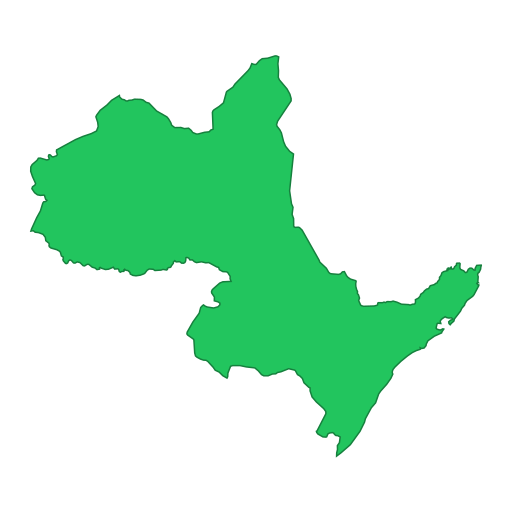 Mogincual, Nampula, Mozambique
{"feature_id": "85939544B68532442394498", "entity_name": "Mogincual", "entity_type": "district", "adm_level": 2, "iso_a3": "MOZ", "parent_name": "Mozambique", "parent_adm1": "Nampula", "projection": "mercator", "projection_center": [40.17, -15.431], "detail": "fine", "context": "isolated", "style": "filled", "palette": "green", "viewbox_px": 512, "rotation_deg": 0, "n_neighbors": 0, "source": "geoboundaries", "source_scale": "gbopen_adm2", "svg_char_len": 6019}
<svg xmlns="http://www.w3.org/2000/svg" viewBox="0 0 512 512"><path d="M336.6,456.1L340.9,452.9L350.3,444.7L360.0,431.3L364.5,422.2L365.4,418.7L371.3,407.8L375.6,402.8L378.7,393.9L380.8,390.9L386.7,384.3L390.9,378.3L392.8,374.1L392.2,372.4L392.4,371.2L393.0,369.5L394.8,367.2L400.9,361.3L407.5,355.9L412.4,352.5L416.3,350.6L420.2,349.3L420.6,348.8L420.3,347.9L421.6,348.5L424.1,348.0L426.0,345.7L426.3,344.0L427.9,340.8L434.3,336.2L441.6,332.9L442.0,331.7L443.8,329.1L442.9,328.8L440.2,330.1L437.0,329.2L436.1,328.1L437.0,323.9L437.8,323.2L440.8,323.5L440.2,321.2L440.4,320.6L442.2,318.7L445.2,316.7L446.3,317.5L448.5,318.0L451.5,317.9L452.8,319.0L452.2,319.7L450.6,320.1L448.7,321.8L449.0,323.6L450.2,324.8L450.5,324.6L450.8,323.8L453.8,321.2L454.5,318.9L460.5,311.1L461.8,308.3L464.5,305.2L465.0,303.5L467.0,300.5L472.7,296.3L474.0,294.7L478.8,285.6L478.8,284.9L477.9,284.8L476.8,283.4L477.4,282.8L478.4,282.7L477.8,281.9L478.2,276.7L477.6,274.9L477.9,273.3L479.1,272.3L480.6,269.2L480.9,266.4L481.3,265.8L481.2,265.1L476.7,265.4L475.1,268.4L475.2,270.0L474.8,270.2L473.9,270.0L471.8,268.2L470.0,268.1L468.3,269.3L467.1,271.9L465.9,272.6L465.3,272.5L463.7,270.8L460.6,269.4L460.2,268.8L459.8,267.3L460.1,263.7L459.6,263.1L456.8,263.2L456.4,263.9L456.4,265.2L454.6,266.7L453.8,268.5L452.8,269.1L451.8,269.0L451.2,267.1L450.3,267.6L450.5,268.4L450.1,269.0L449.3,269.0L448.5,268.0L448.0,268.1L447.8,268.6L448.5,269.2L448.0,270.0L447.6,269.1L447.1,269.1L446.8,270.8L443.7,271.6L442.0,272.7L440.9,275.7L439.5,277.3L439.5,279.4L437.6,281.6L437.2,282.8L435.3,283.6L434.6,284.5L430.3,285.7L428.6,288.6L426.6,289.1L424.4,290.9L423.4,292.4L420.7,294.3L420.1,296.2L418.4,298.1L415.4,299.7L415.5,301.8L415.1,303.6L414.4,304.1L412.5,304.2L410.1,305.1L408.6,304.6L401.5,304.2L397.0,302.2L393.1,301.1L391.1,301.7L387.1,301.6L385.5,302.6L384.0,302.1L382.5,302.7L378.3,302.7L377.8,303.1L377.6,304.8L376.9,305.3L374.2,306.0L363.5,306.3L361.8,305.8L360.7,305.2L359.0,301.4L358.7,300.3L359.5,298.1L358.4,294.7L357.4,293.6L357.5,291.4L356.7,289.9L355.8,286.4L355.7,283.7L356.1,281.4L355.8,280.7L350.5,279.1L347.9,277.3L346.6,275.8L344.4,271.6L342.4,271.9L340.6,273.8L338.6,274.4L331.3,273.8L329.9,273.4L328.7,272.3L326.3,268.2L319.8,262.1L319.1,260.2L302.1,230.1L299.5,227.6L298.3,227.2L295.2,227.4L294.0,226.8L293.7,225.9L293.6,218.6L292.1,214.4L293.0,207.3L291.5,203.8L289.6,190.8L293.5,154.0L289.7,151.4L285.5,146.2L283.6,141.7L281.4,132.9L279.8,129.8L277.0,126.2L276.6,124.6L277.6,121.2L291.1,100.9L291.1,98.5L289.9,94.2L287.0,88.9L279.4,79.9L278.3,77.4L278.5,70.7L277.9,63.7L278.7,56.9L276.7,56.0L275.1,55.9L267.7,58.2L262.2,58.7L259.4,60.7L256.2,64.4L254.0,64.4L251.8,63.6L250.0,68.1L248.0,70.7L235.1,83.9L232.9,87.2L227.0,91.3L226.4,92.1L223.5,102.8L219.1,106.5L214.0,109.8L212.9,111.0L212.4,112.5L213.1,129.2L210.7,130.1L209.2,131.8L204.5,132.3L198.1,134.0L196.4,134.0L192.7,132.5L191.2,130.4L188.6,128.2L184.4,128.6L180.9,127.5L174.8,127.6L171.7,125.3L170.7,122.5L168.5,118.8L166.9,116.9L156.6,111.0L149.0,103.1L146.1,102.3L143.1,100.0L140.8,99.4L134.4,99.2L131.9,100.1L128.9,100.3L127.5,101.0L126.0,100.9L124.4,99.8L121.9,99.2L119.6,97.0L119.4,95.5L111.6,100.3L106.9,105.1L100.2,110.3L96.6,115.2L95.9,116.8L97.7,122.3L98.2,126.6L96.5,131.0L91.3,133.6L83.0,136.4L75.5,139.6L56.6,149.9L56.4,151.7L57.4,154.6L56.4,155.8L53.0,157.0L51.7,156.5L50.5,155.1L49.6,154.7L48.7,155.0L48.4,156.5L49.2,158.4L48.8,159.4L46.9,160.0L40.4,158.1L38.4,158.2L37.0,160.4L32.2,164.5L30.8,167.0L30.7,171.3L32.5,176.6L35.6,183.5L34.9,185.1L32.5,186.8L31.9,188.7L34.6,192.7L37.4,194.8L40.4,195.4L43.9,195.1L44.5,195.6L45.6,199.2L47.0,200.3L45.8,201.5L43.7,201.8L42.8,203.1L40.4,211.0L36.7,217.7L31.6,228.9L30.9,231.1L33.3,230.7L35.1,232.2L38.5,232.6L43.0,234.3L45.3,237.3L45.8,240.7L48.9,243.2L49.2,244.0L49.0,245.8L49.4,246.8L50.9,248.0L56.8,249.7L59.5,251.2L60.4,252.3L61.4,255.9L63.2,257.0L63.2,259.2L62.9,259.6L63.3,260.8L65.5,263.4L66.6,263.6L67.7,262.9L68.6,260.9L69.7,260.0L70.4,260.0L71.5,260.6L73.5,262.9L75.0,263.1L77.3,261.9L80.0,262.6L83.2,265.7L84.6,265.9L87.2,264.3L88.9,264.4L92.2,267.2L95.0,268.0L97.0,269.6L99.6,269.1L99.5,267.6L100.2,267.4L101.3,268.2L105.4,269.5L108.6,269.2L113.3,267.2L114.7,269.1L117.8,268.8L118.7,269.4L119.3,271.5L120.3,272.2L121.9,271.4L123.8,271.4L124.2,270.6L123.9,269.9L124.7,269.2L125.7,270.2L128.0,270.6L129.9,272.4L130.3,274.0L132.9,275.4L136.0,275.8L140.2,275.2L143.5,274.0L144.7,273.4L147.2,270.2L149.2,269.0L153.2,269.3L154.9,270.5L161.0,270.1L163.0,269.4L166.6,270.0L167.4,269.5L167.3,268.6L168.5,267.6L170.2,267.4L171.1,266.7L171.1,266.2L173.3,263.3L173.4,262.1L174.8,260.7L176.1,261.9L179.2,261.7L180.1,261.9L181.5,263.1L183.6,263.2L184.9,262.5L185.7,260.8L185.9,257.7L186.9,257.4L188.8,258.1L189.9,259.9L192.4,259.9L194.4,261.7L196.5,262.6L201.5,261.8L205.7,262.8L208.8,262.6L216.7,266.9L218.6,267.4L219.4,269.7L222.8,271.6L226.5,271.8L227.7,272.5L230.2,276.4L230.1,278.8L231.1,281.4L222.8,281.8L219.7,283.1L213.1,288.9L212.1,290.0L211.5,291.7L211.7,293.0L214.4,297.0L214.3,300.8L218.1,301.9L219.9,303.1L219.9,304.8L218.0,306.8L213.6,308.0L207.2,307.0L205.1,306.1L203.5,304.9L202.5,305.6L200.7,307.5L199.2,313.2L192.9,322.0L187.2,332.1L186.9,333.9L187.6,335.0L193.5,339.2L193.9,340.1L194.7,352.9L195.5,355.9L197.0,357.2L200.5,359.1L203.5,360.1L206.1,360.3L207.8,361.4L213.3,367.4L215.2,370.2L219.2,372.1L222.8,375.7L227.0,378.1L227.7,376.7L227.9,373.1L230.3,366.9L230.7,366.2L232.6,365.6L240.1,365.6L246.3,366.9L254.8,367.9L258.3,370.8L261.5,374.6L263.8,375.8L268.1,375.8L272.4,374.0L275.8,373.8L277.5,372.5L280.9,371.8L288.7,368.7L294.6,370.1L295.4,370.7L297.5,374.6L299.9,376.0L302.4,378.5L304.0,382.8L308.8,387.3L310.1,387.9L310.1,390.9L312.1,397.0L316.3,401.9L323.7,408.6L325.8,411.5L325.9,413.7L317.0,431.0L316.4,431.3L316.7,432.4L317.9,434.0L322.9,436.9L326.0,437.1L326.7,436.8L327.9,433.9L329.6,433.0L332.5,432.6L333.9,433.3L334.5,434.4L335.9,435.5L337.9,435.7L340.2,437.0L339.4,442.7L337.4,445.6L337.5,449.5L336.7,452.8L336.6,456.1Z" fill="#22c55e" stroke="#15803d" stroke-width="1.5"/></svg>